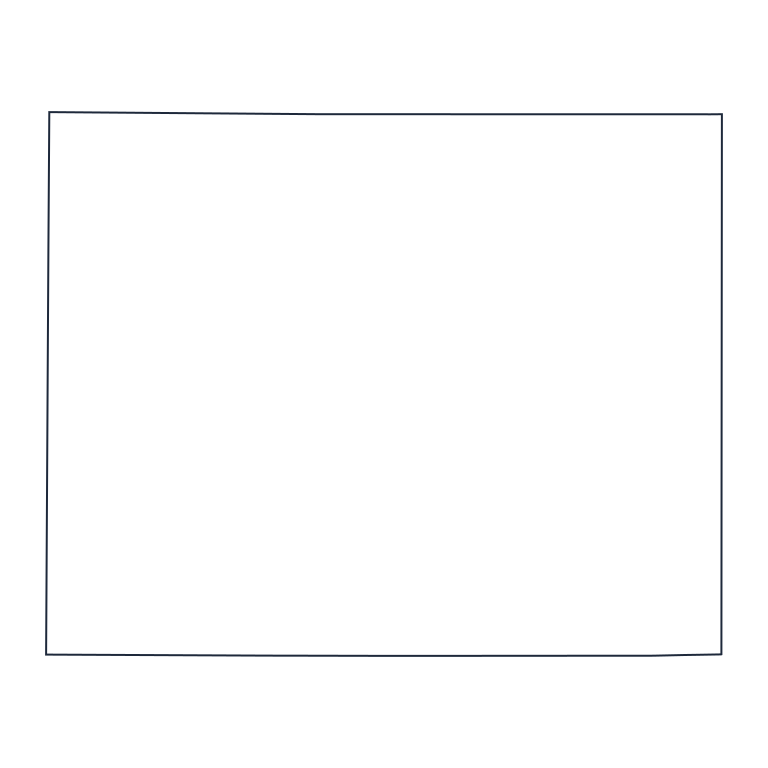 outline of Nobles, Minnesota, United States of America
{"feature_id": "52423323B36406005077231", "entity_name": "Nobles", "entity_type": "district", "adm_level": 2, "iso_a3": "USA", "parent_name": "United States of America", "parent_adm1": "Minnesota", "projection": "albers", "projection_center": [-95.706, 43.674], "detail": "fine", "context": "isolated", "style": "outline", "palette": "slate", "viewbox_px": 768, "rotation_deg": 0, "n_neighbors": 0, "source": "geoboundaries", "source_scale": "gbopen_adm2", "svg_char_len": 351}
<svg xmlns="http://www.w3.org/2000/svg" viewBox="0 0 768 768"><path d="M46.1,654.6L262.7,655.6L262.9,655.6L292.8,655.7L307.6,655.7L397.5,655.9L398.4,655.9L653.3,655.7L684.9,655.0L685.0,655.0L698.1,654.8L721.1,654.4L721.4,654.3L721.9,114.2L710.8,114.3L319.0,114.2L49.3,112.1L48.4,249.0L46.1,654.6Z" fill="none" stroke="#1e293b" stroke-width="2"/></svg>